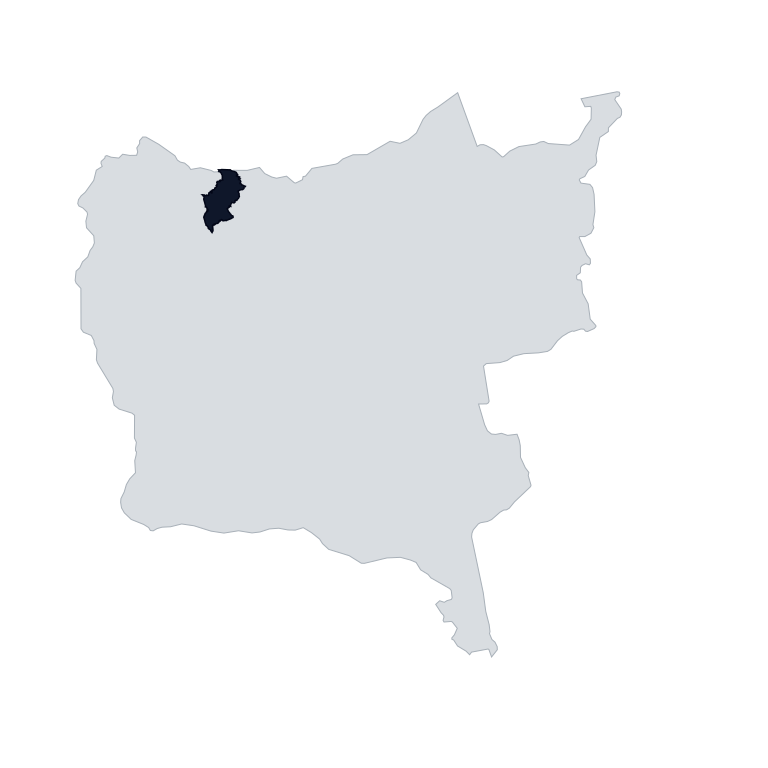 Lubero, Nord-Kivu, Democratic Republic of the Congo (highlighted), rotated 259°
{"feature_id": "63176286B45916106821058", "entity_name": "Lubero", "entity_type": "district", "adm_level": 2, "iso_a3": "COD", "parent_name": "Democratic Republic of the Congo", "parent_adm1": "Nord-Kivu", "projection": "orthographic", "projection_center": [28.988, -0.062], "detail": "fine", "context": "in_parent", "style": "filled", "palette": "ink", "viewbox_px": 768, "rotation_deg": 259, "n_neighbors": 0, "source": "geoboundaries", "source_scale": "gbopen_adm2", "svg_char_len": 9266}
<svg xmlns="http://www.w3.org/2000/svg" viewBox="0 0 768 768"><g transform="rotate(259 384 384)"><path d="M655.9,511.9L599.4,520.8L600.5,523.9L600.0,527.3L598.5,529.9L592.8,536.9L584.3,543.3L584.3,544.8L588.6,551.9L591.3,561.7L590.6,578.8L591.8,583.5L591.6,587.1L588.7,591.1L583.1,611.7L586.9,621.6L598.0,630.9L604.4,637.8L615.4,640.2L617.1,639.9L617.8,634.1L626.4,631.9L626.4,668.4L625.7,670.5L624.1,670.9L622.0,669.8L621.4,666.3L619.1,664.8L608.6,669.3L605.8,669.2L602.9,668.4L600.8,666.5L600.2,663.8L592.7,653.2L589.0,652.4L584.9,642.9L568.1,635.8L561.7,635.3L558.4,633.1L555.0,625.6L549.4,620.7L548.1,615.4L547.0,614.6L543.6,615.7L540.7,624.2L537.0,626.2L530.1,626.4L512.9,623.9L500.6,619.5L497.4,619.8L492.5,615.9L490.4,609.3L491.4,604.2L490.5,603.5L471.9,607.7L467.4,610.3L463.1,609.7L461.8,608.3L463.6,604.8L462.6,601.0L461.2,599.3L455.7,597.9L453.9,593.8L450.5,593.2L449.4,593.8L448.6,596.6L446.6,597.5L435.4,596.2L423.8,599.7L408.3,598.8L401.0,603.1L399.9,603.0L398.3,600.8L396.7,593.8L397.4,591.9L399.7,590.6L400.4,587.8L399.5,580.5L400.1,578.8L399.2,574.7L396.7,568.0L393.4,562.6L386.2,554.5L384.8,550.7L385.1,541.6L387.1,527.1L386.6,516.4L383.6,509.4L382.9,501.9L384.5,488.3L382.6,485.1L347.1,483.9L345.6,482.9L344.9,481.0L346.3,473.0L324.8,475.0L318.3,476.6L314.4,479.9L313.2,484.0L313.2,489.9L310.0,495.5L309.3,505.0L303.4,506.0L297.5,506.0L285.9,504.0L274.9,506.7L269.5,509.3L266.6,508.1L256.6,509.0L255.3,508.3L243.4,489.6L238.2,483.3L237.1,480.3L237.4,477.4L236.0,473.4L230.4,463.8L229.3,459.3L229.4,452.3L228.7,449.9L223.8,443.8L220.6,441.8L217.1,440.8L160.1,441.6L141.3,440.5L127.7,441.3L120.7,440.8L118.8,439.9L112.6,441.2L109.4,443.7L104.6,445.0L101.5,444.5L95.5,437.5L103.4,436.3L104.0,435.6L104.1,418.8L101.9,416.4L106.1,413.6L112.8,406.2L119.5,403.5L120.3,402.0L121.8,402.1L124.3,405.2L130.2,409.3L137.3,405.7L138.1,404.7L138.9,397.5L140.7,396.9L143.8,398.4L145.5,398.4L148.6,396.4L157.8,392.7L160.6,397.3L158.2,401.5L159.3,404.5L159.7,409.1L161.2,410.1L168.5,410.6L170.6,409.5L184.8,393.0L188.6,391.0L194.6,384.5L202.7,381.5L206.2,376.3L210.7,367.1L212.7,353.7L211.7,330.6L212.4,327.5L222.1,317.1L232.2,298.2L239.0,293.2L244.1,291.2L252.1,284.3L258.4,277.3L257.5,269.0L259.0,262.0L262.5,253.2L263.6,243.9L262.4,234.0L263.0,226.0L267.7,213.2L268.2,198.4L272.6,186.1L281.1,170.4L285.2,158.7L284.6,147.2L285.8,138.8L285.4,133.8L283.9,129.4L284.8,126.7L288.0,125.6L292.0,121.3L299.3,110.0L307.1,104.5L312.5,102.7L318.1,102.9L321.7,103.9L327.6,108.4L334.4,111.9L339.4,116.3L344.3,123.1L356.3,124.7L361.5,127.1L364.6,128.1L365.8,127.4L368.3,127.8L374.0,129.8L378.6,128.7L400.9,133.2L403.5,131.0L409.9,119.2L414.6,115.1L422.3,114.7L428.3,117.0L431.4,117.0L459.1,106.8L462.7,106.3L472.7,108.8L479.2,107.2L481.9,107.6L487.5,105.9L492.2,98.8L496.0,97.1L535.7,104.7L541.8,101.0L544.7,100.6L553.5,103.3L556.2,107.6L561.5,111.4L565.3,117.5L571.2,121.0L574.2,124.3L577.7,126.6L584.9,127.4L594.1,121.8L600.7,122.4L607.2,125.4L609.4,125.3L614.3,122.0L616.9,118.5L619.5,117.8L623.3,119.3L626.5,122.6L629.2,127.3L639.2,137.9L648.8,142.4L651.3,148.9L654.7,148.3L656.5,148.9L659.0,153.0L660.8,153.8L661.1,155.5L658.7,159.4L656.4,166.8L659.4,171.3L656.9,178.0L655.7,184.8L658.8,186.5L662.9,186.4L666.6,190.0L669.5,190.5L672.5,194.3L671.8,197.5L662.3,208.6L648.0,222.3L643.2,223.9L640.7,226.4L638.9,230.4L634.8,233.8L631.5,235.2L631.3,245.0L626.5,255.3L624.6,257.4L622.0,274.0L622.5,276.9L619.8,290.5L620.3,303.1L613.3,307.1L608.6,313.3L606.5,317.7L606.6,328.0L598.7,334.3L598.1,335.7L600.1,343.0L603.0,344.1L603.0,346.6L609.4,354.4L609.0,378.4L609.4,380.7L612.7,386.4L614.9,397.3L612.4,411.1L621.1,436.3L617.2,445.6L619.1,454.4L624.2,463.7L636.3,472.8L639.6,476.6L642.6,481.7L645.5,489.5L655.9,511.9Z" fill="#d9dde1" stroke="#a8b0b8" stroke-width="1"/><path d="M576.2,267.5L576.4,267.7L576.7,267.7L577.0,267.6L577.3,267.8L577.6,267.8L577.9,267.6L578.2,266.8L578.4,266.6L579.3,266.1L580.0,265.9L580.6,265.2L581.2,265.2L582.1,264.8L582.5,264.4L582.9,264.2L583.2,264.2L584.3,263.9L585.6,263.7L585.9,263.5L586.0,263.5L586.3,263.9L586.5,264.5L586.8,265.2L587.1,265.5L587.2,265.8L587.2,266.1L587.4,266.2L587.6,266.4L587.9,265.9L588.2,265.9L588.2,266.1L588.1,266.3L588.1,266.5L588.0,266.9L587.8,267.3L588.2,267.2L588.8,267.6L589.1,267.6L590.1,268.3L590.8,268.7L590.9,269.1L591.1,269.0L591.4,269.2L590.4,271.2L590.4,271.5L590.8,272.0L590.9,272.4L591.2,272.6L591.5,272.6L591.8,272.5L592.1,272.7L592.5,272.7L592.6,272.9L592.7,273.4L592.5,273.9L592.3,274.2L592.3,274.5L592.7,274.9L593.3,275.4L594.0,276.5L594.5,276.9L595.0,277.2L595.6,277.8L596.4,277.8L596.6,277.8L596.9,277.8L597.4,277.7L597.7,277.8L598.0,278.1L598.4,278.1L598.6,277.9L599.4,277.8L600.0,277.6L600.3,277.6L600.6,277.5L601.2,277.7L601.2,278.0L601.4,278.1L601.3,278.4L601.8,279.4L602.0,280.5L602.0,281.1L601.9,281.7L601.8,281.9L601.8,282.3L602.1,282.9L602.6,283.8L603.1,283.9L603.7,283.9L603.9,284.1L604.2,285.5L604.5,285.7L604.7,285.3L605.0,284.9L605.1,284.5L605.6,284.0L606.2,283.2L606.2,282.8L606.4,282.3L607.0,282.4L607.5,282.1L608.2,281.4L608.2,280.9L608.4,280.8L608.6,280.9L609.1,281.4L609.6,281.7L609.8,282.0L611.5,281.8L612.5,281.0L612.8,280.8L612.6,280.2L612.8,280.2L613.0,280.4L613.6,280.6L614.0,280.6L613.9,281.0L613.7,281.2L613.7,281.6L613.8,281.5L613.9,281.8L613.8,281.7L613.7,281.9L613.8,281.9L613.9,282.1L613.9,281.9L614.2,281.4L614.3,281.4L614.5,281.3L614.6,281.6L614.8,281.7L614.9,281.1L615.0,281.1L615.0,280.9L615.3,280.6L615.5,280.6L615.5,280.4L615.9,280.0L615.8,279.8L615.7,279.4L616.1,279.2L616.2,278.9L616.5,279.0L616.8,279.4L617.0,279.3L617.0,279.5L616.9,279.6L617.2,279.7L617.3,279.9L617.3,280.1L617.5,280.3L618.7,279.6L618.4,279.4L619.0,279.5L619.6,279.5L620.1,279.1L620.5,278.4L620.8,278.2L621.0,277.8L621.3,277.3L621.4,277.1L621.4,276.8L621.4,277.0L621.5,276.8L621.6,276.1L621.8,275.9L622.3,275.3L622.4,274.8L622.6,274.7L622.8,274.6L622.9,274.4L623.5,274.1L625.5,265.5L625.4,263.8L625.6,263.4L625.8,262.8L625.8,262.5L625.5,262.7L625.7,262.8L625.3,262.6L624.8,262.7L624.6,262.6L624.2,262.5L624.1,262.4L624.0,262.6L623.5,263.6L623.3,263.8L622.7,264.0L622.3,264.4L621.2,264.6L620.8,264.7L619.8,265.0L619.1,265.1L618.7,264.9L617.3,264.7L616.6,264.4L616.2,264.3L615.7,264.3L615.1,264.6L614.9,263.7L614.9,263.3L615.0,263.1L615.4,262.3L615.2,261.6L615.1,261.4L614.8,261.5L614.4,261.8L614.3,261.7L614.0,261.7L613.9,261.2L614.1,260.7L614.3,260.5L614.2,260.4L614.3,259.7L614.2,259.1L614.3,259.0L614.5,258.9L614.2,258.6L613.8,258.3L611.8,258.5L611.6,258.4L611.5,258.2L611.6,257.9L611.1,257.4L610.9,257.1L610.6,257.2L610.6,257.4L610.4,257.8L610.2,257.8L609.8,257.6L609.6,257.1L609.0,256.8L608.8,255.5L607.6,254.8L607.2,254.5L607.1,254.2L607.3,253.3L607.1,253.1L607.0,252.8L607.1,252.4L606.6,251.8L606.3,251.7L606.0,252.0L605.3,252.0L604.5,251.6L604.3,251.5L604.3,251.3L604.4,251.1L605.0,251.0L605.4,250.8L606.1,250.3L605.5,249.9L605.3,249.6L605.1,248.7L604.9,248.5L602.9,248.0L602.6,247.8L602.6,247.6L602.5,247.4L602.6,247.2L603.0,246.5L603.3,246.3L603.3,246.1L603.2,246.0L603.3,245.9L603.2,245.6L602.9,245.5L602.9,245.4L602.8,245.0L603.0,244.5L603.2,244.3L603.4,244.2L603.6,243.9L603.7,243.7L603.8,243.6L603.7,243.4L603.9,243.4L603.9,243.2L604.0,242.9L604.0,242.7L604.3,242.3L604.2,242.1L604.4,241.9L604.4,241.7L603.9,242.2L603.0,242.4L602.7,243.0L602.3,243.1L601.6,243.1L600.4,242.5L599.5,242.3L596.5,242.6L593.0,242.8L592.5,242.8L592.1,242.5L592.0,242.8L591.8,242.8L591.7,243.0L591.4,243.3L591.3,243.5L591.2,243.6L590.7,243.6L590.4,243.8L589.9,243.8L589.5,244.2L588.8,244.4L588.9,244.1L588.8,243.6L588.5,243.6L588.0,243.7L587.8,243.6L587.5,243.9L587.3,244.0L587.0,243.6L587.1,243.4L587.1,243.2L587.3,242.9L586.7,242.6L586.6,242.3L586.4,242.3L586.4,242.1L585.9,241.7L585.5,241.3L585.5,241.0L585.3,241.0L585.1,240.8L584.8,240.8L584.6,240.5L584.4,240.3L584.1,240.3L584.0,240.1L583.8,240.1L583.4,240.0L583.3,239.5L582.7,239.2L582.6,239.3L582.1,238.9L579.7,239.1L579.4,239.2L576.6,239.3L574.7,239.7L574.0,239.5L573.9,239.6L573.8,239.9L573.6,240.0L573.1,240.4L573.0,240.7L572.6,240.9L572.3,240.8L572.0,240.9L571.8,241.3L571.5,241.5L571.0,241.5L570.8,241.3L570.3,241.2L569.9,241.5L569.3,242.0L568.4,243.1L567.3,243.2L565.5,244.1L565.9,244.4L566.1,244.4L566.5,244.9L566.7,245.0L566.8,245.2L567.2,245.4L567.5,245.4L568.1,245.6L568.4,245.5L568.6,245.3L568.8,245.5L569.0,245.6L569.2,245.3L569.3,245.3L569.7,245.6L569.9,245.7L570.3,245.6L570.5,245.8L571.2,245.9L571.8,245.8L572.1,246.2L572.5,246.1L572.7,246.6L572.5,246.9L572.5,247.0L572.7,246.9L572.9,247.1L573.2,247.2L573.3,247.7L573.3,247.8L573.1,247.7L572.8,248.0L573.1,248.2L573.1,248.4L572.9,248.7L573.0,248.8L573.3,248.7L573.5,248.7L573.5,248.8L573.5,249.9L573.6,250.2L573.4,250.4L573.4,250.9L573.6,251.6L573.8,251.8L573.8,252.1L574.1,252.2L574.1,252.5L574.3,252.8L574.7,252.8L574.9,253.2L575.0,253.2L575.4,253.2L575.9,253.6L575.7,253.9L575.6,254.5L575.4,254.6L575.5,254.7L575.8,254.6L576.0,254.7L576.5,255.7L576.4,255.9L576.0,256.1L575.9,256.5L575.7,256.5L575.7,256.8L574.9,257.1L575.0,257.5L574.8,258.0L575.0,258.3L575.0,258.5L574.8,259.1L574.9,259.4L574.9,259.5L574.7,259.7L574.7,259.8L574.9,260.0L574.8,260.3L574.5,260.6L574.8,261.2L574.9,261.6L574.9,262.0L575.0,262.1L575.1,262.9L575.3,263.4L575.2,263.8L575.4,264.5L575.4,265.1L575.7,265.6L575.8,266.1L576.0,266.5L576.2,267.5Z" fill="#0f172a" stroke="#020617" stroke-width="1.5"/></g></svg>